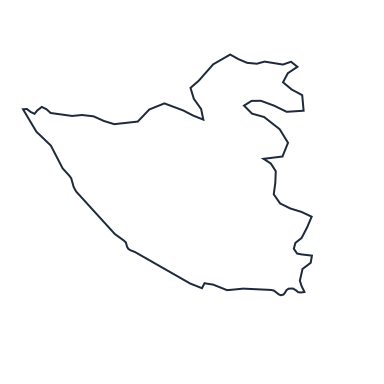 outline of Gālla, rotated 343°
{"feature_id": "LKA-2464", "entity_name": "Gālla", "entity_type": "District", "adm_level": 1, "iso_a3": "LKA", "parent_name": "Sri Lanka", "parent_adm1": "", "projection": "mercator", "projection_center": [80.274, 6.202], "detail": "fine", "context": "isolated", "style": "outline", "palette": "slate", "viewbox_px": 384, "rotation_deg": 343, "n_neighbors": 0, "source": "natural_earth", "source_scale": "10m", "svg_char_len": 1469}
<svg xmlns="http://www.w3.org/2000/svg" viewBox="0 0 384 384"><g transform="rotate(343 192 192)"><path d="M270.3,320.5L266.9,320.0L264.3,318.9L262.6,316.3L260.3,313.8L256.1,312.7L253.6,313.5L251.7,315.3L249.6,316.8L246.8,316.7L245.8,315.9L244.9,315.1L241.6,310.3L239.9,309.3L239.5,309.0L235.7,307.6L212.8,299.4L203.4,297.5L196.8,296.1L185.1,286.7L182.5,285.5L177.4,283.0L177.3,282.9L173.4,286.9L163.4,278.9L119.8,232.6L116.2,229.8L116.1,229.7L115.7,229.2L114.5,227.8L113.9,225.5L114.0,220.9L112.7,218.6L110.9,216.2L106.0,209.8L81.3,157.6L80.3,152.6L80.4,148.1L80.5,143.6L79.6,140.9L75.2,131.6L70.6,106.4L60.8,88.8L54.6,63.5L58.3,64.3L61.2,68.4L64.3,71.2L67.8,68.8L73.2,66.7L77.1,70.4L79.9,75.1L99.5,84.2L109.3,86.2L119.9,90.8L128.6,98.4L137.5,104.4L160.7,108.8L175.3,100.6L191.5,99.2L207.4,111.4L215.6,119.4L224.0,126.1L225.0,115.3L221.0,103.5L221.0,92.0L230.9,87.6L249.6,76.1L268.7,71.7L275.2,78.5L282.5,84.6L291.5,88.3L299.5,88.5L316.2,96.7L324.8,96.4L329.4,103.1L318.4,106.4L311.1,113.7L317.4,123.3L325.7,131.6L322.5,146.9L306.0,143.0L295.7,133.4L284.5,124.9L275.6,122.3L267.0,124.6L272.3,134.6L282.9,141.4L294.2,157.6L298.2,173.0L288.9,184.5L270.1,181.2L275.7,187.8L278.2,196.6L274.3,207.7L269.5,218.1L272.9,228.7L281.2,236.5L290.8,243.0L299.2,250.6L291.9,259.3L283.4,268.0L276.0,270.9L272.8,276.0L274.5,281.6L278.7,283.8L288.1,287.9L284.8,294.4L275.2,297.9L269.2,308.4L269.3,314.3L270.3,320.0L270.3,320.5Z" fill="none" stroke="#1e293b" stroke-width="2"/></g></svg>